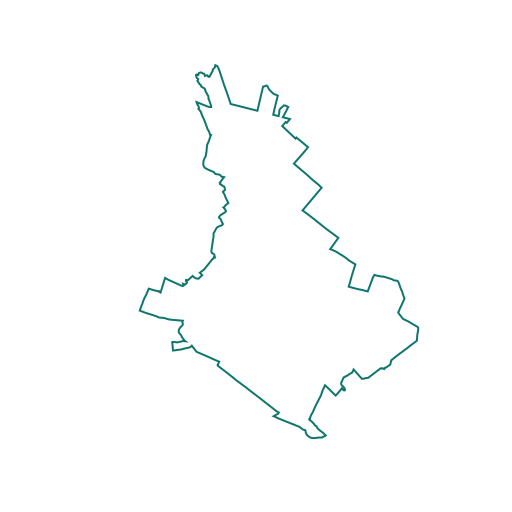 the district of Harmanesti, Iasi, Romania, rotated 160°
{"feature_id": "2599482B46405340562029", "entity_name": "Harmanesti", "entity_type": "district", "adm_level": 2, "iso_a3": "ROU", "parent_name": "Romania", "parent_adm1": "Iasi", "projection": "orthographic", "projection_center": [26.797, 47.275], "detail": "fine", "context": "isolated", "style": "outline", "palette": "teal", "viewbox_px": 512, "rotation_deg": 160, "n_neighbors": 0, "source": "geoboundaries", "source_scale": "gbopen_adm2", "svg_char_len": 6104}
<svg xmlns="http://www.w3.org/2000/svg" viewBox="0 0 512 512"><g transform="rotate(160 256 256)"><path d="M267.8,67.7L267.2,67.0L266.2,66.2L264.1,65.1L262.2,64.6L259.4,64.0L255.8,62.8L254.7,63.2L253.8,63.1L252.4,63.3L251.8,63.6L252.4,64.3L253.3,66.5L255.1,69.5L255.6,70.1L256.8,72.4L257.2,73.3L257.4,75.4L258.6,76.7L258.8,78.0L259.9,80.6L260.7,82.1L261.8,83.8L261.9,84.1L261.8,84.5L260.7,84.7L260.5,85.4L260.2,86.0L258.3,87.9L255.9,90.0L251.1,95.0L242.4,103.0L240.7,105.3L239.2,107.0L235.4,110.9L232.8,106.0L232.1,104.3L228.9,97.6L225.6,99.3L220.6,102.3L220.3,101.6L219.7,100.1L219.2,99.5L218.6,99.4L218.1,99.9L218.0,100.1L218.0,100.7L218.3,102.4L218.9,103.9L219.3,104.4L219.7,105.6L219.8,106.5L219.7,107.0L218.6,108.6L218.3,108.6L217.9,108.9L217.0,110.1L215.1,112.0L213.7,111.9L213.2,112.3L211.5,112.3L208.5,113.1L205.7,113.5L203.9,115.1L203.1,116.0L198.5,104.4L196.7,103.9L196.0,103.8L195.3,103.8L192.1,103.2L177.4,107.8L176.8,107.7L176.4,107.2L176.2,107.2L175.6,107.3L175.3,107.2L175.0,106.9L174.9,106.6L174.6,106.2L174.3,105.9L173.9,106.0L173.5,106.2L172.9,106.9L171.6,106.8L167.1,108.0L166.8,108.4L165.1,110.8L164.9,111.2L164.7,111.7L154.5,115.1L152.8,115.5L144.2,118.1L142.1,118.9L139.3,119.7L133.9,121.3L131.5,126.5L128.7,131.5L128.2,132.9L128.1,133.4L128.2,133.8L135.8,143.0L139.3,146.5L141.5,153.2L141.7,154.0L141.5,154.5L141.3,154.8L141.0,154.9L137.8,158.4L136.8,159.3L133.1,163.0L132.7,163.5L131.7,164.5L131.1,165.2L131.0,165.4L131.1,168.2L131.0,170.3L130.8,172.5L130.9,173.2L131.1,175.0L131.1,179.9L131.0,180.6L131.1,182.8L131.2,183.3L131.4,184.0L132.2,184.7L133.4,185.2L134.6,185.9L135.1,186.3L135.8,187.3L136.2,187.7L140.3,190.9L143.1,192.9L144.9,193.7L149.3,196.3L151.2,197.7L153.7,195.6L163.1,184.5L168.2,188.0L171.4,189.9L176.8,193.6L179.4,195.5L177.1,198.5L172.5,205.0L165.5,214.1L167.3,216.4L167.9,217.1L169.1,218.7L170.0,219.7L171.2,221.9L173.2,224.9L174.2,226.3L177.4,230.2L177.9,231.0L179.4,232.8L180.5,234.0L183.9,237.1L172.4,244.9L181.0,257.9L185.8,265.8L188.6,270.5L194.7,280.0L196.7,282.9L171.0,297.7L173.0,301.8L174.0,303.5L176.7,308.0L180.7,315.7L182.7,319.1L188.8,329.8L174.3,337.8L169.9,340.5L177.5,353.5L178.7,352.8L186.9,369.1L182.3,371.8L181.5,370.6L177.3,373.1L183.3,377.2L177.8,382.1L174.8,385.0L175.3,385.3L175.7,386.1L176.7,387.1L177.4,387.5L177.7,387.6L178.2,388.0L182.7,386.2L184.1,385.2L185.1,382.7L186.9,379.7L191.5,382.8L187.5,389.1L180.7,399.2L181.6,400.3L182.9,401.3L184.0,402.4L184.7,403.6L185.5,405.3L186.7,408.1L187.2,411.6L187.6,412.4L188.2,412.7L188.5,412.7L190.0,412.5L191.4,412.8L205.0,392.0L227.8,407.5L227.6,414.3L227.5,419.7L227.5,428.0L227.3,433.6L227.0,442.5L227.2,445.8L227.5,447.8L227.8,448.2L229.0,449.2L229.9,447.6L230.4,447.2L232.7,446.0L233.3,445.3L233.3,445.0L233.4,444.7L233.6,444.5L235.6,442.9L237.4,441.2L238.4,440.4L238.8,440.3L239.4,440.8L239.6,441.1L239.7,442.2L240.2,442.6L242.4,442.7L242.3,444.5L242.5,445.1L243.2,445.3L244.4,447.0L244.8,447.2L245.4,447.4L246.9,447.5L247.6,447.1L247.9,446.4L248.1,446.0L248.6,445.7L248.8,445.8L249.6,446.8L250.1,446.8L250.4,446.6L250.7,446.1L250.7,445.2L250.8,444.6L250.7,443.6L249.8,442.1L249.9,441.7L250.4,441.2L251.0,440.9L251.2,440.3L250.4,438.0L250.4,436.8L249.4,435.6L249.3,434.7L249.5,434.0L247.0,430.9L246.8,429.8L247.1,429.2L246.9,428.6L247.1,427.6L246.6,425.8L246.7,425.3L246.4,423.7L246.1,422.9L246.9,419.3L246.7,418.5L246.8,412.5L247.2,411.3L248.1,411.6L249.4,412.3L250.9,413.5L259.2,421.0L259.3,418.9L259.0,417.9L258.8,416.2L258.9,414.7L259.8,414.0L259.2,412.6L258.5,410.0L258.6,407.0L258.1,400.7L258.1,391.9L257.5,388.3L257.8,385.6L256.9,385.1L259.2,382.5L260.3,380.9L263.9,377.1L264.5,376.0L266.7,371.4L266.9,370.6L267.7,369.7L269.2,366.8L270.7,365.7L272.7,363.5L274.2,360.2L274.4,358.5L274.2,357.3L273.8,356.2L271.4,353.5L269.3,351.5L266.8,349.2L266.3,347.2L265.2,346.5L264.4,345.9L263.4,345.6L262.3,344.7L261.1,342.2L260.5,342.0L259.0,341.0L261.1,339.8L265.0,337.2L264.6,336.6L265.2,335.8L263.7,334.1L263.5,333.4L263.2,333.0L262.4,332.5L262.1,331.9L262.0,331.2L262.2,330.7L262.5,328.7L262.8,328.5L263.5,328.3L264.1,328.1L264.7,328.0L265.2,327.6L264.6,325.0L264.5,320.8L263.9,315.2L267.3,314.1L268.6,313.1L269.0,313.0L269.8,312.8L269.7,312.7L269.7,312.0L269.3,311.1L269.0,310.0L268.9,308.7L268.9,308.4L269.4,308.0L271.2,307.4L273.8,306.9L276.0,306.2L277.5,305.2L277.5,304.8L277.5,304.4L277.3,303.9L276.6,302.6L276.5,299.2L276.3,298.5L276.1,297.9L276.2,297.3L277.4,296.5L279.3,296.6L281.9,296.4L283.2,296.0L285.4,294.2L286.6,293.0L287.5,292.4L288.2,291.7L289.0,289.3L296.4,275.7L296.4,273.7L295.8,273.2L294.8,272.0L294.7,271.5L295.0,269.7L295.0,269.0L295.2,268.6L296.0,269.2L296.9,268.1L297.6,268.2L309.3,261.1L314.5,259.5L313.1,256.4L317.8,254.3L320.4,255.7L322.4,258.9L328.4,256.5L329.8,257.5L330.0,257.4L330.2,256.9L330.3,256.3L330.2,256.0L329.9,255.3L330.0,254.6L331.8,253.6L332.4,253.4L332.5,253.4L334.0,254.8L334.1,253.0L335.3,252.8L336.3,253.7L346.6,263.7L348.9,266.5L358.2,254.3L359.2,255.5L359.1,256.0L359.3,256.3L359.8,256.2L363.3,258.5L368.0,262.0L370.9,258.8L371.8,257.9L372.8,256.8L375.0,254.8L377.1,252.6L379.2,249.9L380.1,249.0L381.9,246.8L383.0,245.6L383.9,244.4L379.1,240.3L372.2,235.0L369.4,232.7L368.9,232.0L368.3,231.5L366.5,230.5L365.9,230.4L365.0,230.0L361.4,227.7L361.2,227.3L358.3,225.5L346.9,220.2L347.1,220.0L347.9,218.9L347.9,217.8L348.1,216.9L348.8,216.1L351.7,214.7L352.9,213.8L353.6,213.1L354.0,212.6L354.5,211.3L354.6,210.7L354.5,210.0L353.6,207.4L353.2,204.7L353.0,203.9L352.0,200.8L351.5,200.0L353.9,201.2L355.5,201.1L356.7,201.4L359.4,201.7L362.8,203.4L364.2,203.7L366.3,195.6L364.5,195.1L362.5,194.7L357.9,193.7L355.9,193.6L351.5,193.0L349.0,192.8L348.3,193.0L347.0,193.7L344.7,186.5L344.4,186.1L335.3,177.5L330.2,172.5L327.7,170.2L326.7,169.3L329.5,166.4L329.4,166.0L328.8,164.9L324.4,158.1L319.8,150.7L318.6,148.7L317.9,147.3L310.1,135.5L308.6,133.0L306.3,129.4L303.6,125.2L301.0,121.1L289.8,103.1L288.1,101.1L289.4,100.1L291.0,100.0L294.2,99.4L292.0,97.4L291.7,96.8L273.5,80.5L272.3,78.5L271.4,77.0L270.9,76.6L269.6,75.8L269.3,75.4L269.3,74.7L269.6,73.2L269.5,71.1L269.2,70.0L267.8,67.7Z" fill="none" stroke="#0f766e" stroke-width="2"/></g></svg>